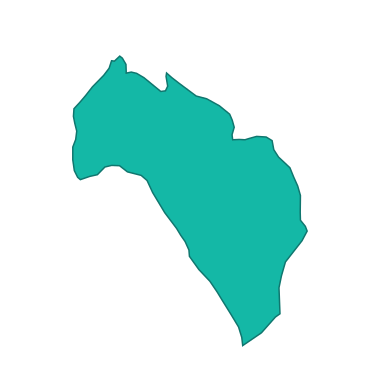 Bollnäs, Gävleborg, Sweden, rotated 308°
{"feature_id": "70781695B36702634985897", "entity_name": "Bollnäs", "entity_type": "district", "adm_level": 2, "iso_a3": "SWE", "parent_name": "Sweden", "parent_adm1": "Gävleborg", "projection": "albers", "projection_center": [16.411, 61.335], "detail": "fine", "context": "isolated", "style": "filled", "palette": "teal", "viewbox_px": 384, "rotation_deg": 308, "n_neighbors": 0, "source": "geoboundaries", "source_scale": "gbopen_adm2", "svg_char_len": 1201}
<svg xmlns="http://www.w3.org/2000/svg" viewBox="0 0 384 384"><g transform="rotate(308 192 192)"><path d="M245.9,47.8L238.5,50.5L229.6,50.6L213.5,48.8L202.5,48.8L193.2,48.4L185.0,47.7L178.6,52.0L174.0,57.3L169.0,63.7L161.8,68.0L154.0,70.4L144.0,78.2L136.4,86.1L133.2,92.8L133.0,96.4L141.3,101.8L147.4,106.8L158.1,108.0L163.5,112.3L168.1,118.7L168.1,128.7L173.8,141.7L173.4,149.5L167.3,161.4L158.9,183.3L153.8,202.3L150.9,209.9L148.7,217.1L144.4,225.3L139.7,229.6L135.1,245.2L132.7,261.0L128.7,273.4L125.3,282.4L119.5,298.2L114.3,311.8L108.0,320.8L102.2,326.5L123.8,333.4L144.8,334.7L150.2,336.3L170.1,319.5L181.0,314.1L194.4,308.7L206.8,308.7L221.3,308.7L232.1,306.8L234.7,302.5L236.5,294.9L236.8,294.6L242.6,289.8L256.0,279.6L261.8,271.6L266.4,262.9L271.4,254.2L272.8,238.7L275.7,230.4L281.8,223.5L281.0,216.6L275.6,208.7L269.4,204.1L265.8,201.6L262.5,196.9L258.2,191.9L261.8,188.3L269.0,185.4L273.3,179.6L276.5,173.8L276.8,160.5L274.5,146.2L270.2,136.2L269.7,114.0L269.7,105.8L270.1,98.7L267.1,100.4L260.4,107.7L255.4,108.8L252.0,105.5L252.5,83.7L251.4,75.3L249.1,70.3L245.2,67.0L251.9,61.4L254.6,54.7L254.6,51.4L247.4,50.3L245.9,47.8Z" fill="#14b8a6" stroke="#0f766e" stroke-width="1.5"/></g></svg>